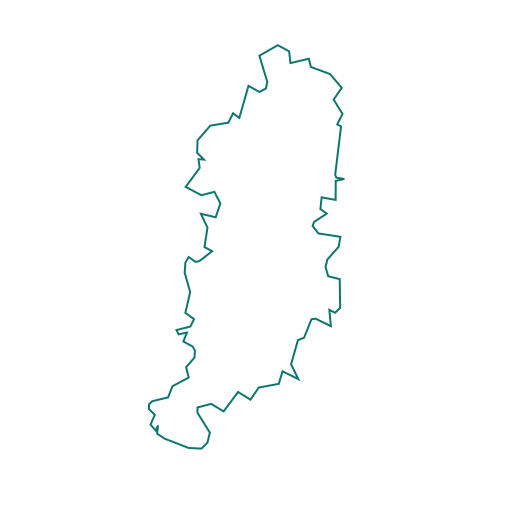 an SVG outline of Walloon Brabant, rotated 292°
{"feature_id": "BEL-3482", "entity_name": "Walloon Brabant", "entity_type": "Province", "adm_level": 1, "iso_a3": "BEL", "parent_name": "Belgium", "parent_adm1": "", "projection": "orthographic", "projection_center": [4.525, 50.668], "detail": "fine", "context": "isolated", "style": "outline", "palette": "teal", "viewbox_px": 512, "rotation_deg": 292, "n_neighbors": 0, "source": "natural_earth", "source_scale": "10m", "svg_char_len": 1396}
<svg xmlns="http://www.w3.org/2000/svg" viewBox="0 0 512 512"><g transform="rotate(292 256 256)"><path d="M56.7,228.4L60.1,221.4L70.8,221.7L74.0,214.1L78.4,212.4L82.5,214.2L92.0,227.5L103.9,227.3L118.1,239.1L126.7,232.9L138.8,237.0L145.3,234.9L148.3,231.3L149.5,220.7L159.1,220.6L154.4,213.6L157.6,210.0L166.0,221.6L174.3,222.2L176.8,211.8L197.9,208.5L213.8,196.1L223.4,193.0L229.8,194.0L227.9,202.0L230.0,205.4L244.0,213.5L245.0,204.9L264.1,200.4L274.5,189.1L276.8,204.1L291.4,203.3L299.9,193.4L291.9,182.6L293.7,164.9L316.5,170.8L324.2,166.4L325.9,171.6L329.7,162.7L341.4,158.5L359.8,164.8L369.2,180.4L379.7,181.3L377.8,188.8L410.9,185.3L409.4,197.7L415.0,202.4L421.6,201.3L443.0,184.1L459.6,197.2L458.2,210.0L447.8,215.7L458.7,231.1L451.8,236.1L452.4,256.6L444.0,272.5L430.1,269.4L420.1,283.0L408.5,282.0L408.0,286.3L361.0,299.0L358.7,301.1L360.5,309.1L355.5,301.8L337.8,308.8L335.0,294.9L323.7,298.1L321.7,305.7L309.4,297.1L305.1,297.2L300.3,305.4L305.4,327.0L295.6,329.2L279.5,323.5L271.8,324.6L264.3,330.5L265.9,342.3L239.4,353.5L233.0,350.6L233.5,344.2L219.0,351.7L220.2,334.7L218.1,331.1L198.3,331.2L193.7,326.4L168.7,329.1L157.7,341.4L159.0,323.8L146.0,325.0L135.0,307.8L120.7,304.7L123.2,290.3L99.8,284.2L102.1,269.8L93.6,258.5L88.8,260.4L74.9,279.4L64.7,280.9L57.0,277.6L52.8,265.4L52.4,239.8L54.2,230.9L62.2,228.6L56.7,228.4Z" fill="none" stroke="#0f766e" stroke-width="2"/></g></svg>